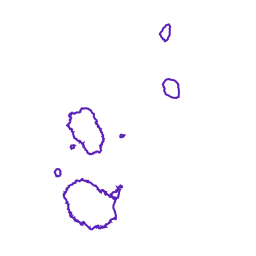 the district of Santa Cruz, Galápagos, Ecuador, rotated 42°
{"feature_id": "8360857B73941749048341", "entity_name": "Santa Cruz", "entity_type": "district", "adm_level": 2, "iso_a3": "ECU", "parent_name": "Ecuador", "parent_adm1": "Galápagos", "projection": "albers", "projection_center": [-90.525, -0.066], "detail": "fine", "context": "isolated", "style": "outline", "palette": "violet", "viewbox_px": 256, "rotation_deg": 42, "n_neighbors": 0, "source": "geoboundaries", "source_scale": "gbopen_adm2", "svg_char_len": 6003}
<svg xmlns="http://www.w3.org/2000/svg" viewBox="0 0 256 256"><g transform="rotate(42 128 128)"><path d="M167.4,191.7L166.8,189.2L164.6,190.3L162.5,189.9L161.7,190.2L161.0,191.2L160.1,191.4L159.1,190.5L157.3,191.4L155.8,191.0L155.7,192.5L155.1,192.3L155.6,191.2L154.3,191.3L154.2,190.5L153.6,191.0L152.8,190.8L152.4,191.3L152.1,190.9L150.9,191.3L150.8,191.0L150.4,191.2L150.4,192.4L150.9,193.7L150.4,193.6L150.5,193.9L149.8,194.2L149.1,194.0L148.9,193.2L147.8,193.3L147.6,193.7L146.7,193.3L146.3,193.7L145.8,192.9L142.6,192.4L142.5,192.9L140.7,193.6L136.7,193.6L134.4,195.1L134.3,194.8L134.0,195.0L134.0,194.3L133.7,194.0L133.2,194.5L133.9,194.8L133.7,195.1L132.3,195.0L131.5,196.2L130.3,196.6L128.1,196.5L127.9,197.6L128.4,198.0L127.8,198.9L127.6,200.1L125.6,200.7L124.8,201.5L125.2,202.2L124.7,202.6L125.6,203.7L125.5,204.3L124.9,204.7L124.1,206.2L124.6,206.8L124.5,207.4L123.8,208.1L122.7,210.9L123.4,211.2L123.7,211.9L123.0,213.5L123.6,214.0L123.2,214.6L124.0,214.9L124.1,215.9L124.8,217.2L124.8,218.1L123.9,218.3L125.0,219.4L124.6,219.8L125.0,220.3L124.8,220.6L126.1,221.4L126.3,221.9L127.5,222.1L127.8,222.6L129.9,222.5L131.5,223.7L132.5,223.6L132.4,224.8L133.2,224.4L134.0,224.7L135.0,224.5L135.5,226.0L136.7,226.5L137.5,228.4L138.0,228.3L138.0,227.9L139.1,228.3L139.9,229.2L141.1,229.2L141.0,229.6L141.7,229.3L141.5,229.9L142.5,229.9L142.4,230.4L143.1,230.5L142.8,231.0L143.1,230.7L143.2,231.3L143.7,231.2L143.9,231.9L144.9,231.6L145.2,232.1L145.8,231.7L145.8,231.4L146.0,231.7L147.1,231.5L148.0,231.3L148.1,230.8L148.4,231.1L148.6,230.7L148.9,230.9L148.6,231.1L149.7,231.6L149.7,232.1L150.9,232.3L151.9,231.7L151.4,231.4L151.5,230.8L152.6,230.9L153.0,230.4L153.6,230.7L152.7,231.1L152.8,231.4L154.8,230.3L157.6,231.2L157.8,230.8L158.9,230.4L158.6,230.0L157.6,230.0L157.5,229.4L158.0,229.5L157.9,229.1L158.3,228.7L157.3,228.4L157.6,228.4L158.0,228.0L157.8,227.7L158.4,227.4L158.9,227.7L158.7,227.9L159.6,227.7L159.9,228.1L161.4,228.1L163.6,228.0L165.8,228.3L166.3,228.1L166.3,227.7L167.1,228.4L168.7,227.8L169.1,227.3L169.5,223.6L170.0,223.7L170.5,223.1L170.2,222.9L170.4,222.4L171.1,222.8L171.1,221.5L170.5,221.5L170.9,220.7L171.4,220.4L171.9,220.6L172.3,221.4L173.2,221.9L173.7,221.1L174.2,220.9L174.4,221.1L175.0,220.0L175.3,220.3L175.1,219.7L175.5,219.4L174.6,219.0L175.0,218.9L174.8,218.5L175.4,218.3L175.3,218.6L175.7,217.9L175.7,218.2L176.3,217.5L176.9,217.5L177.8,216.3L177.2,216.3L176.7,215.2L176.2,215.4L176.0,214.4L177.2,213.1L177.2,211.5L177.7,211.1L177.3,210.6L177.5,210.4L177.3,209.0L177.0,209.0L177.3,208.9L176.7,208.7L176.9,208.1L176.6,207.7L177.3,206.1L177.9,205.6L177.9,204.8L178.6,204.5L178.3,203.3L178.8,202.6L177.5,201.0L174.5,199.3L174.3,198.8L171.1,197.5L170.0,196.5L168.9,195.2L167.9,191.8L167.4,191.7ZM87.4,139.8L86.6,140.3L85.1,140.4L84.7,140.9L83.7,141.2L82.5,142.7L81.7,142.3L82.2,142.9L82.0,143.5L81.2,143.7L80.4,144.6L81.0,145.5L80.8,146.9L81.8,147.7L81.4,149.0L79.3,150.9L79.1,152.2L78.6,152.4L78.6,153.0L78.1,153.8L77.5,154.1L76.5,153.8L75.9,154.3L76.1,156.2L75.8,156.8L75.5,156.7L75.6,157.8L76.8,158.8L77.9,158.7L77.9,158.2L78.3,158.8L78.9,158.7L78.8,159.2L79.5,159.7L79.3,161.1L80.4,161.2L81.1,162.2L81.5,162.2L81.1,162.3L81.3,162.9L80.9,163.3L81.3,164.6L80.9,165.7L81.1,166.9L82.6,166.7L82.7,166.3L83.7,167.1L84.4,166.9L85.6,167.6L86.5,166.5L87.5,166.5L88.1,167.9L89.0,168.1L90.1,167.5L90.9,168.9L93.0,170.4L93.5,170.3L94.6,171.3L95.3,171.1L95.8,171.3L97.0,170.5L97.7,171.0L99.1,171.1L100.3,170.1L101.4,170.9L101.5,170.5L101.8,170.9L102.3,170.2L103.0,170.0L104.6,170.4L104.9,169.3L105.4,170.4L105.9,170.4L106.3,170.9L106.9,170.6L107.2,170.8L107.5,171.8L108.2,171.6L109.4,172.1L109.9,171.9L110.9,172.7L112.1,172.4L113.1,172.6L113.4,173.1L114.1,173.0L114.7,173.5L115.6,173.5L116.5,172.8L117.1,173.0L117.5,172.2L118.6,171.8L119.0,170.4L118.8,169.6L119.5,169.4L119.8,167.9L120.4,167.6L120.2,166.6L121.7,165.6L123.0,165.6L123.4,165.0L122.8,162.4L120.7,161.2L120.4,160.9L120.7,160.2L119.1,159.7L119.5,159.1L119.2,158.5L119.6,158.3L119.2,157.8L119.5,157.4L118.9,156.8L118.9,155.9L118.3,155.6L118.6,154.6L118.2,154.5L118.0,153.2L117.1,153.0L117.2,152.4L116.8,152.5L116.7,152.1L115.9,151.9L115.4,151.2L114.7,151.3L114.8,150.4L114.3,150.0L112.9,149.9L111.8,148.7L110.7,149.1L110.2,148.4L108.7,148.2L108.6,147.0L107.7,147.3L106.0,146.7L106.0,147.2L105.3,147.3L104.4,147.1L104.2,146.1L102.4,145.7L101.8,146.2L101.1,146.1L100.7,145.8L101.1,145.4L100.5,145.3L100.9,144.9L100.5,144.4L100.6,143.9L99.2,143.2L97.2,143.3L94.9,142.4L93.4,140.4L91.0,140.7L88.7,139.8L88.2,140.1L87.4,139.8ZM133.3,61.4L130.6,61.6L126.6,64.0L125.8,64.0L124.2,66.1L123.9,67.5L124.6,72.3L126.6,73.1L126.9,73.7L128.8,74.0L129.7,76.0L132.2,76.9L132.6,77.4L134.3,77.5L136.9,76.5L138.0,76.5L141.2,75.4L144.0,73.2L144.0,72.3L144.9,71.1L142.0,67.4L139.4,64.9L137.9,64.2L137.2,62.8L136.3,62.4L135.9,61.7L133.7,61.7L133.3,61.4ZM91.7,24.5L89.0,23.7L87.5,26.2L87.9,28.2L87.4,29.3L87.6,31.0L88.4,32.5L88.4,35.7L88.9,37.1L90.4,37.2L91.6,38.0L93.3,38.1L94.6,38.7L95.1,38.1L96.0,38.0L96.8,38.7L97.5,38.8L98.1,36.7L98.0,35.2L97.1,33.2L97.0,32.0L96.3,30.2L94.8,29.0L93.5,27.0L92.3,26.3L91.7,24.5ZM163.3,179.0L160.3,179.3L161.2,179.7L161.7,180.4L161.8,181.4L160.9,181.8L161.0,182.5L161.3,182.7L162.1,182.3L162.3,183.1L162.0,183.8L160.2,185.0L159.8,186.2L160.3,187.2L160.0,188.1L159.7,188.1L159.6,188.4L160.4,188.9L160.4,189.6L163.8,189.1L167.2,186.7L166.6,185.0L165.7,184.4L165.4,182.9L164.0,181.3L163.3,179.0ZM104.8,204.7L103.1,205.5L102.5,206.7L102.9,209.7L107.0,211.7L107.3,211.0L108.1,211.0L108.6,209.8L109.2,209.4L108.9,207.6L108.4,207.0L107.4,206.5L106.9,205.4L104.8,204.7ZM99.7,177.4L99.9,176.8L98.9,177.2L98.8,178.0L97.6,178.9L98.2,180.7L99.8,181.2L99.8,180.5L100.7,180.0L101.1,178.6L99.7,177.4ZM128.9,139.7L130.2,138.1L130.2,135.9L127.3,137.6L127.3,138.6L128.1,139.8L128.9,139.7ZM162.4,175.4L160.9,175.7L160.7,177.2L163.0,176.6L163.1,175.8L162.4,175.4ZM180.3,204.3L178.8,203.9L179.4,204.2L180.3,204.3ZM180.5,203.6L179.3,203.7L180.2,203.8L180.5,203.6Z" fill="none" stroke="#5b21b6" stroke-width="2"/></g></svg>